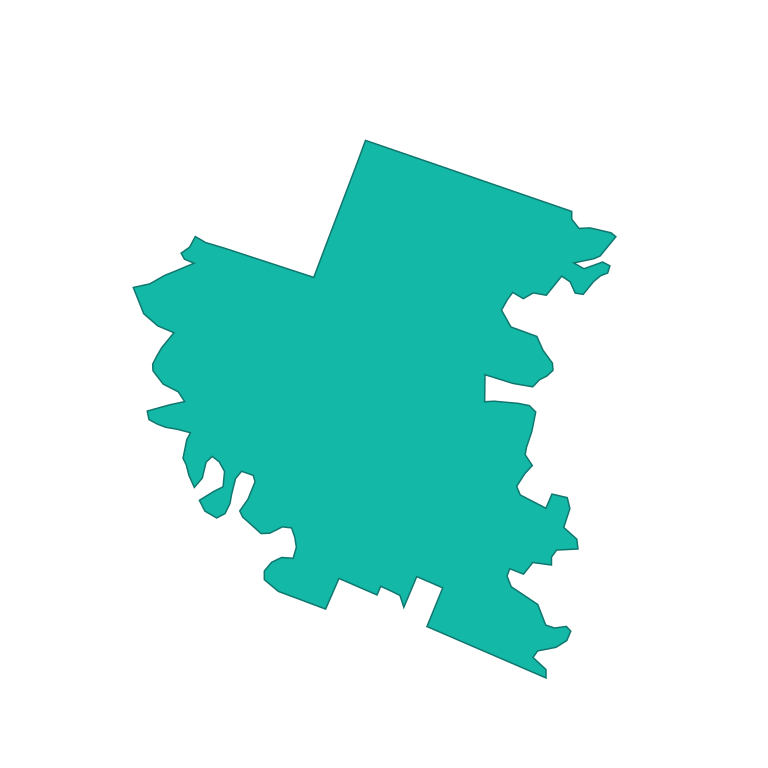 Guaporé, Rio Grande do Sul, Brazil (Mercator projection), rotated 23°
{"feature_id": "56859067B75803801424105", "entity_name": "Guaporé", "entity_type": "district", "adm_level": 2, "iso_a3": "BRA", "parent_name": "Brazil", "parent_adm1": "Rio Grande do Sul", "projection": "mercator", "projection_center": [-51.895, -28.851], "detail": "fine", "context": "isolated", "style": "filled", "palette": "teal", "viewbox_px": 768, "rotation_deg": 23, "n_neighbors": 0, "source": "geoboundaries", "source_scale": "gbopen_adm2", "svg_char_len": 2018}
<svg xmlns="http://www.w3.org/2000/svg" viewBox="0 0 768 768"><g transform="rotate(23 384 384)"><path d="M367.9,616.2L418.2,614.0L418.5,580.6L460.0,580.9L460.0,571.5L473.5,571.9L481.3,572.4L489.5,581.8L489.4,548.5L517.7,548.7L518.3,590.5L648.0,591.3L644.7,583.6L628.0,577.5L629.7,569.7L645.3,559.1L652.5,548.7L652.5,538.6L646.6,535.9L636.3,542.0L627.0,542.7L611.7,526.9L580.3,520.9L572.3,512.7L571.9,504.9L586.7,504.5L590.7,490.2L608.9,485.2L605.8,477.9L607.8,469.4L627.0,460.1L622.1,451.5L605.5,445.8L603.8,426.1L597.1,417.0L581.6,419.7L581.6,435.1L552.8,432.9L546.1,426.4L548.6,411.7L552.4,401.1L541.6,394.0L539.9,386.8L538.6,369.8L534.6,350.5L526.2,347.1L515.4,349.3L492.1,356.8L483.6,361.0L473.3,336.0L502.4,333.1L522.0,328.5L525.6,319.1L530.9,312.9L534.2,305.4L530.9,299.0L517.3,290.9L506.1,280.5L478.6,281.9L463.3,270.1L464.6,258.1L466.7,249.4L478.9,251.0L485.8,241.8L498.7,238.9L505.4,215.3L515.4,217.2L524.5,225.6L532.3,223.7L536.9,207.8L541.2,199.5L546.5,194.5L545.8,187.0L537.6,186.3L523.0,199.8L511.4,198.4L528.3,186.6L532.9,181.7L539.9,157.8L534.0,156.1L512.7,159.8L502.7,164.6L492.4,159.0L489.4,151.8L330.0,162.9L271.8,167.0L273.0,192.6L276.3,279.3L277.7,313.3L184.2,321.3L164.5,323.5L152.7,322.0L151.6,334.1L146.1,342.8L151.6,347.1L162.0,347.0L148.7,360.7L139.7,369.7L129.2,383.4L115.5,393.1L135.4,413.2L153.0,418.9L170.6,418.9L165.2,437.4L164.0,446.5L163.3,456.1L166.2,462.1L180.8,470.4L197.7,471.6L207.4,478.1L195.0,486.8L176.6,501.4L181.6,508.6L191.2,509.5L200.1,509.1L211.7,506.4L224.9,504.5L224.2,512.2L228.0,530.9L233.5,535.6L240.1,544.3L249.8,553.3L253.5,541.7L250.8,525.6L254.1,517.8L262.7,520.0L271.4,526.8L276.0,541.5L269.4,549.2L259.5,563.2L268.8,571.0L282.3,572.7L288.3,565.4L288.9,554.1L286.9,545.6L284.3,529.1L287.0,520.0L299.3,519.2L303.5,524.3L303.8,543.1L300.8,557.2L305.9,561.7L329.4,569.7L337.2,565.9L346.3,555.2L355.2,552.6L361.9,560.1L367.1,568.5L368.5,579.9L357.5,583.7L350.2,592.0L346.9,602.9L350.3,610.9L367.9,616.2Z" fill="#14b8a6" stroke="#0f766e" stroke-width="1.5"/></g></svg>